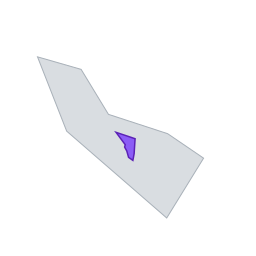 Seychelles, with Plaisance highlighted, rotated 160°
{"feature_id": "SYC-5216", "entity_name": "Plaisance", "entity_type": "state/province", "adm_level": 1, "iso_a3": "SYC", "parent_name": "Seychelles", "parent_adm1": "", "projection": "robinson", "projection_center": [55.472, -4.654], "detail": "fine", "context": "in_parent", "style": "filled", "palette": "violet", "viewbox_px": 256, "rotation_deg": 160, "n_neighbors": 0, "source": "natural_earth", "source_scale": "10m", "svg_char_len": 455}
<svg xmlns="http://www.w3.org/2000/svg" viewBox="0 0 256 256"><g transform="rotate(160 128 128)"><path d="M186.7,146.0L188.7,225.8L152.0,199.1L141.7,147.5L92.7,109.1L67.3,73.8L122.4,30.2L186.7,146.0Z" fill="#d9dde1" stroke="#a8b0b8" stroke-width="1"/><path d="M134.5,95.9L137.5,100.2L137.0,106.8L137.7,111.3L136.3,113.2L138.9,121.9L140.7,128.0L125.0,115.5L129.0,106.4L131.0,101.8L134.5,95.9Z" fill="#8b5cf6" stroke="#5b21b6" stroke-width="1.5"/></g></svg>